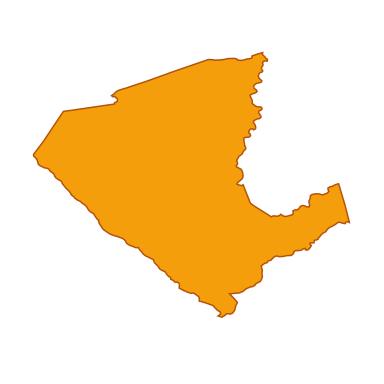 outline of Queimadas, Bahia, Brazil, rotated 81°
{"feature_id": "56859067B17136917301382", "entity_name": "Queimadas", "entity_type": "district", "adm_level": 2, "iso_a3": "BRA", "parent_name": "Brazil", "parent_adm1": "Bahia", "projection": "equal_earth", "projection_center": [-39.706, -11.046], "detail": "fine", "context": "isolated", "style": "filled", "palette": "amber", "viewbox_px": 384, "rotation_deg": 81, "n_neighbors": 0, "source": "geoboundaries", "source_scale": "gbopen_adm2", "svg_char_len": 5348}
<svg xmlns="http://www.w3.org/2000/svg" viewBox="0 0 384 384"><g transform="rotate(81 192 192)"><path d="M206.8,45.9L207.1,48.5L207.6,50.6L208.4,52.8L208.5,55.2L209.5,57.2L211.2,57.2L212.9,56.8L214.0,58.2L214.5,59.7L214.9,61.3L215.2,63.8L213.8,66.6L213.4,68.8L213.1,71.4L213.3,73.9L214.0,75.5L215.5,76.0L216.8,76.3L218.3,77.2L219.5,78.0L221.2,78.0L222.7,77.8L224.9,78.5L224.7,80.9L223.6,82.5L222.8,84.0L222.7,85.9L223.6,87.7L225.0,88.9L226.1,90.7L225.8,93.6L226.5,95.3L228.2,95.3L230.0,95.9L230.4,97.9L230.5,99.6L230.8,101.6L230.7,103.8L230.2,105.3L229.0,106.5L227.9,108.0L228.9,109.2L229.3,111.3L228.8,113.3L228.3,115.4L228.9,117.5L216.6,131.6L214.9,133.4L212.2,136.1L192.8,140.4L193.5,141.9L192.8,143.5L192.2,144.9L191.3,146.4L189.9,145.5L189.0,144.1L188.2,142.7L187.1,140.8L185.3,139.4L183.6,139.0L181.6,139.1L180.1,139.0L178.5,139.4L177.1,140.1L175.5,142.3L174.3,143.8L173.0,144.3L171.4,142.6L170.0,142.5L167.9,143.0L165.9,141.4L164.3,140.2L163.2,138.1L162.0,136.2L160.8,135.5L159.4,134.3L158.0,132.2L156.1,132.0L154.2,132.7L152.3,132.6L150.3,132.8L148.4,132.6L146.9,132.2L146.4,130.2L146.7,128.1L146.5,126.3L145.3,125.3L143.4,125.7L142.2,126.8L140.3,126.1L138.9,124.1L139.1,122.5L140.3,121.4L139.5,119.4L138.0,118.9L135.9,119.1L134.3,119.8L133.0,120.5L131.6,120.0L130.7,118.4L130.0,116.1L130.1,114.3L129.4,112.5L128.1,112.0L126.5,112.6L124.4,113.9L122.4,113.1L121.9,111.0L120.9,109.8L119.4,110.0L118.6,111.4L118.2,113.7L117.1,115.9L115.4,117.2L114.1,118.7L112.8,118.5L111.1,118.2L109.3,118.6L107.5,119.3L105.5,119.6L104.7,117.8L104.4,116.0L104.1,114.1L103.1,112.0L101.2,112.5L99.4,114.4L97.6,114.7L96.2,114.0L95.1,111.9L94.6,110.4L94.7,108.1L94.3,106.3L93.0,105.6L91.6,106.9L89.9,108.0L87.8,108.4L85.9,107.5L84.7,106.1L84.4,103.9L83.4,103.1L82.1,103.9L80.8,104.1L79.6,103.8L78.7,102.5L77.2,101.9L75.5,102.1L74.3,101.1L73.8,99.5L74.6,97.4L72.9,96.7L71.5,98.1L69.7,99.0L68.3,100.2L67.0,100.9L65.4,100.4L65.9,105.1L67.0,111.4L68.9,111.8L69.4,114.1L69.2,116.8L69.6,119.3L69.8,122.0L69.4,124.0L68.9,126.2L67.6,127.0L66.6,129.5L66.4,131.5L66.1,133.2L65.9,135.5L66.0,138.1L66.1,140.2L66.0,142.6L65.9,144.8L65.5,146.8L65.4,148.9L64.7,150.4L64.2,152.8L63.7,155.0L70.6,194.0L71.2,196.9L75.8,221.1L76.3,224.3L76.8,227.5L79.2,241.8L79.3,243.4L79.7,245.8L80.0,248.1L80.7,250.3L81.4,251.7L82.3,252.8L83.3,254.3L84.2,256.4L85.5,255.5L85.6,253.5L87.2,252.1L88.3,251.2L90.1,251.3L91.2,252.3L91.7,254.6L93.0,254.8L92.5,295.4L92.4,301.3L92.3,304.2L92.3,306.4L104.6,317.8L118.7,330.8L130.2,342.7L131.9,342.7L133.2,341.5L134.7,340.8L135.8,339.9L137.4,339.9L139.1,339.5L140.6,339.4L142.0,338.3L143.3,336.4L145.0,334.1L145.7,332.0L146.5,330.4L148.2,329.2L149.6,328.6L150.7,327.2L152.2,325.9L153.5,325.3L154.9,325.1L156.4,324.5L158.0,323.0L159.1,321.8L160.2,320.1L161.7,319.0L163.3,318.8L165.1,317.9L166.7,316.8L167.9,316.3L169.0,315.5L170.1,314.7L171.8,313.4L173.5,312.4L175.0,312.0L176.4,311.3L178.2,309.5L179.9,308.6L182.1,306.4L183.3,304.4L184.8,303.0L186.1,302.0L187.3,300.6L189.1,298.9L190.9,298.0L192.1,297.6L193.7,296.9L195.1,295.9L196.2,295.0L197.0,293.7L198.5,292.3L200.5,291.6L202.2,290.8L204.1,289.8L205.6,288.5L207.6,288.8L210.0,287.9L211.8,287.0L213.7,286.3L215.6,285.0L217.0,283.5L218.5,282.0L219.5,280.9L220.5,279.8L221.6,278.1L222.6,276.3L223.6,274.3L224.5,272.3L225.5,270.6L226.5,268.6L227.9,266.8L229.9,265.4L231.4,265.0L232.7,264.3L234.1,262.9L235.0,261.6L236.0,259.9L236.9,258.2L238.0,256.7L238.4,255.2L238.6,253.5L240.4,253.0L241.9,252.0L243.5,251.0L245.8,249.7L247.4,248.3L248.6,246.8L249.5,245.2L250.5,244.1L251.8,242.1L253.0,240.7L254.5,240.5L256.2,240.0L257.4,239.1L258.5,238.3L259.9,237.1L261.6,236.6L263.4,235.5L265.2,233.4L266.1,231.5L267.5,230.7L269.1,229.9L270.5,229.2L271.9,228.1L273.1,226.6L274.9,226.7L276.2,224.5L278.3,223.1L278.9,220.2L280.6,219.1L282.3,218.9L283.9,219.6L285.2,219.6L286.9,216.9L288.1,215.6L288.9,213.8L290.4,212.1L291.0,210.3L292.0,208.9L291.9,206.9L292.9,205.1L294.3,203.9L296.1,202.0L297.9,201.3L299.4,201.8L301.1,201.8L301.7,199.7L302.8,198.1L303.3,196.3L304.2,195.1L304.8,193.7L306.3,191.2L307.1,189.5L308.5,188.2L309.7,187.7L310.9,186.7L312.1,185.9L313.4,184.9L314.2,183.3L315.5,182.9L316.9,182.7L318.5,185.7L319.4,184.0L320.3,181.9L319.5,180.3L318.8,178.3L317.6,176.8L318.0,175.0L318.6,173.4L317.9,170.7L316.7,169.7L315.6,168.4L314.1,167.8L312.8,167.2L310.8,166.4L309.3,165.0L308.1,164.5L306.9,165.2L305.8,165.8L298.4,170.8L299.1,160.6L298.5,158.9L298.0,156.8L296.5,154.6L295.7,152.4L295.3,150.7L294.9,149.0L294.9,146.8L294.1,144.7L292.5,143.0L291.9,141.3L291.1,138.7L289.6,137.3L288.1,136.4L286.2,135.6L284.3,135.8L282.4,135.5L280.3,134.7L279.0,135.0L277.7,135.0L275.8,135.2L274.8,133.2L273.8,131.3L273.6,129.0L272.0,127.5L271.7,124.7L270.4,123.1L269.4,121.7L268.3,119.2L268.9,117.3L269.6,115.7L269.9,112.5L269.8,109.9L269.7,107.9L270.0,105.6L270.2,104.0L269.4,102.4L268.6,101.2L266.9,100.8L266.2,99.0L266.4,96.8L266.6,94.9L266.4,92.5L265.3,90.5L265.5,88.7L266.9,89.0L267.4,87.1L266.6,85.3L265.2,83.8L263.5,82.5L261.8,83.7L260.7,82.9L261.1,81.4L261.3,79.5L260.1,79.0L258.9,78.6L258.8,76.8L258.5,75.0L257.3,74.4L256.3,72.9L255.1,71.9L254.0,70.5L252.8,68.3L252.2,66.2L251.2,65.3L249.7,63.7L248.4,61.2L247.7,58.8L246.5,55.6L245.4,53.6L244.8,52.2L245.2,50.3L246.4,48.1L247.2,45.7L245.7,44.6L245.7,42.9L246.7,41.3L230.6,42.8L229.1,42.9L206.8,45.9Z" fill="#f59e0b" stroke="#b45309" stroke-width="1.5"/></g></svg>